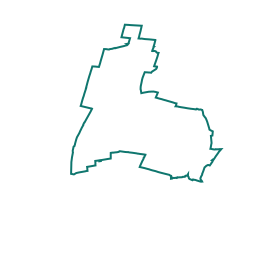 outline of George Enescu, Botosani, Romania, rotated 325°
{"feature_id": "2599482B98474563390091", "entity_name": "George Enescu", "entity_type": "district", "adm_level": 2, "iso_a3": "ROU", "parent_name": "Romania", "parent_adm1": "Botosani", "projection": "natural_earth1", "projection_center": [26.526, 48.025], "detail": "fine", "context": "isolated", "style": "outline", "palette": "teal", "viewbox_px": 256, "rotation_deg": 325, "n_neighbors": 0, "source": "geoboundaries", "source_scale": "gbopen_adm2", "svg_char_len": 5591}
<svg xmlns="http://www.w3.org/2000/svg" viewBox="0 0 256 256"><g transform="rotate(325 128 128)"><path d="M192.3,198.8L191.5,198.3L191.1,198.0L190.5,197.6L190.2,197.5L189.3,196.9L189.0,196.7L188.8,196.6L188.3,196.3L188.0,195.9L187.7,195.7L187.5,195.8L186.2,195.0L185.6,194.3L185.1,193.9L184.9,193.6L184.5,193.2L184.2,192.9L184.0,192.6L183.6,192.3L184.5,191.5L185.4,190.6L186.9,189.1L187.8,188.3L191.4,182.0L192.8,182.6L195.0,180.0L195.5,179.4L194.2,177.0L193.8,176.0L194.2,175.2L194.8,173.4L196.4,168.5L196.6,167.8L197.3,164.7L197.3,163.7L197.2,163.5L197.2,162.6L197.2,162.0L197.1,160.9L197.7,159.4L198.4,158.1L198.6,157.6L199.1,155.9L198.9,155.8L198.8,155.5L198.4,154.8L198.3,154.6L198.0,154.4L196.8,153.7L196.6,153.5L196.5,153.4L196.4,153.0L195.6,152.2L195.4,151.9L195.4,151.7L195.1,151.6L194.9,151.7L194.7,151.9L194.3,151.8L194.0,151.5L192.8,150.3L190.3,148.1L189.7,147.5L188.3,146.2L187.7,145.6L185.7,143.6L183.6,141.6L181.8,139.8L181.0,138.8L180.1,138.1L179.8,137.7L179.5,137.5L179.9,137.3L180.3,137.0L180.8,136.6L181.8,135.7L180.7,134.5L179.3,132.6L175.4,127.8L174.8,127.0L174.0,126.1L173.7,125.7L172.8,124.6L172.3,123.9L170.8,122.2L168.2,119.0L170.6,117.5L172.8,116.1L171.3,114.3L171.0,114.0L169.6,112.6L169.2,112.4L167.1,111.0L165.6,110.1L164.9,109.8L161.5,108.2L158.9,107.1L160.4,104.0L160.5,103.5L161.2,102.6L161.8,101.8L162.5,101.0L165.6,98.1L167.1,96.6L168.8,95.2L173.7,91.9L176.2,93.9L176.9,94.5L178.2,95.5L178.6,96.0L179.3,95.8L180.0,95.6L184.8,95.8L185.2,95.7L186.3,95.1L186.9,94.6L187.0,94.4L186.6,94.0L185.8,93.4L184.8,92.4L190.1,88.6L193.1,86.4L195.0,84.8L196.1,84.0L195.0,83.0L194.8,82.6L194.7,82.2L194.8,81.8L194.8,81.5L194.7,81.1L194.5,80.9L194.0,80.1L193.7,79.9L192.5,79.3L192.0,78.8L192.6,78.3L195.1,76.7L195.3,76.5L195.4,76.3L195.5,76.3L195.4,76.2L195.5,76.1L197.6,74.5L200.5,72.0L200.7,71.9L200.9,71.6L196.5,67.8L192.8,64.8L191.1,63.2L190.7,62.8L189.4,61.9L188.0,60.7L189.1,59.8L189.7,59.4L190.3,58.8L190.6,58.5L194.2,55.5L194.9,54.8L195.6,54.2L197.9,52.1L192.7,48.0L189.4,45.4L187.0,43.4L186.2,42.8L184.7,41.6L184.2,42.0L182.9,43.2L181.9,44.0L181.2,44.4L174.7,49.9L181.2,55.6L178.8,57.5L176.9,59.0L176.3,58.9L175.6,58.6L175.8,58.9L176.1,59.2L176.2,59.3L175.7,59.4L175.3,59.6L174.9,59.6L174.6,59.6L173.4,59.1L171.5,58.5L168.1,57.1L164.6,55.8L163.5,55.4L163.5,55.2L163.4,55.0L163.2,54.9L162.7,54.9L162.0,54.5L161.7,54.3L161.1,54.3L160.9,54.2L160.6,54.1L159.2,53.4L158.6,53.1L158.2,52.9L157.9,52.9L157.7,52.9L157.1,52.5L156.9,52.4L156.1,51.6L155.4,50.9L153.7,49.6L152.5,50.6L149.0,53.5L144.0,57.5L142.1,59.1L139.2,61.3L136.2,58.7L134.1,57.1L132.0,58.8L129.7,60.5L128.5,61.5L125.7,63.6L121.6,66.9L116.4,71.3L116.5,71.4L112.0,74.8L109.8,76.6L108.6,77.4L105.6,79.8L103.1,81.9L101.9,82.8L107.7,89.4L108.6,90.4L109.5,91.3L109.6,91.6L106.6,93.2L103.5,94.7L98.1,97.3L95.7,98.5L95.5,98.4L95.4,98.4L93.2,99.6L93.0,99.9L93.0,100.0L90.9,101.0L89.7,101.6L88.6,102.3L88.2,102.5L87.9,102.6L85.1,104.3L82.6,105.5L80.9,106.3L79.0,107.7L75.5,110.6L75.2,111.0L74.2,111.7L73.8,112.1L73.6,112.1L73.2,112.0L72.9,112.1L72.7,112.1L71.1,113.6L70.2,114.4L69.7,114.9L69.4,115.4L68.9,116.2L68.9,116.4L65.3,119.9L62.1,123.4L55.1,132.9L56.7,134.6L57.1,135.0L59.7,135.2L60.0,135.3L61.9,136.1L62.4,136.3L68.2,139.0L69.6,139.5L70.2,139.9L71.8,137.2L72.2,136.4L76.4,138.4L79.9,140.0L80.4,139.1L80.7,138.8L81.2,138.0L82.3,136.2L82.9,136.5L84.0,137.1L85.9,138.0L85.4,138.8L86.8,139.5L87.3,138.7L88.4,139.3L89.9,140.0L90.7,140.4L93.5,141.7L94.7,142.3L95.5,142.7L96.3,143.1L96.7,142.6L97.5,141.5L98.0,140.7L99.6,138.5L100.1,138.7L100.7,139.1L101.4,139.4L101.6,139.5L102.0,139.9L102.5,140.1L104.0,140.9L105.0,141.5L106.6,142.2L106.9,142.3L107.6,142.1L107.8,142.2L107.9,142.3L108.5,142.8L111.9,146.0L113.5,147.3L114.2,147.8L114.3,147.8L114.8,148.5L117.4,150.8L120.7,153.9L120.8,154.1L121.3,154.6L121.7,154.9L122.6,155.8L122.8,156.0L126.1,159.0L127.0,159.9L126.9,160.0L126.3,160.3L125.4,160.7L124.7,161.2L124.4,161.3L124.2,161.4L123.9,161.3L123.7,161.4L123.5,161.6L123.4,161.7L123.3,161.9L122.9,162.2L121.8,162.8L121.1,163.1L119.4,164.1L116.7,165.7L116.0,166.1L115.2,166.7L116.0,167.5L118.7,170.5L120.0,172.1L121.7,174.1L122.1,174.7L123.6,176.6L125.8,179.1L127.5,181.4L128.5,182.6L130.2,184.6L133.5,188.4L135.0,190.1L135.2,191.0L135.6,191.6L135.8,191.8L135.9,192.0L135.6,193.1L135.1,192.9L134.1,194.2L134.7,194.5L134.9,194.6L135.0,194.7L135.5,194.7L136.5,194.9L136.8,195.1L137.4,195.6L138.8,196.3L138.8,196.5L139.0,196.7L139.3,196.8L139.4,197.0L139.6,197.0L139.9,196.8L140.2,196.7L140.7,197.2L143.2,198.8L143.9,199.3L144.3,199.3L144.8,199.5L145.1,199.5L145.5,199.9L146.3,200.4L147.0,200.6L147.4,200.1L147.7,200.1L147.9,200.2L147.9,200.3L148.0,200.4L148.5,200.6L149.6,200.9L150.2,200.4L150.7,200.2L150.0,201.1L149.9,201.2L149.9,201.3L149.7,201.5L149.5,201.9L149.5,202.1L149.6,202.7L149.5,203.0L149.4,203.2L149.3,203.5L149.1,204.1L149.0,204.3L149.1,204.7L149.2,205.1L149.4,205.4L149.9,206.2L150.3,206.9L150.8,207.6L150.9,207.8L151.1,207.8L151.8,207.5L152.0,207.9L153.2,209.0L153.7,209.6L154.3,210.5L156.5,213.3L156.8,213.6L157.2,214.0L157.7,214.2L158.0,214.4L158.1,213.9L158.0,212.6L158.0,212.0L158.0,211.6L158.2,211.3L158.5,210.7L160.2,209.6L160.9,209.3L161.9,208.8L162.3,208.4L162.4,208.2L162.7,207.9L163.0,207.8L164.8,206.6L165.5,206.1L168.1,204.2L169.4,204.1L170.4,203.9L172.0,204.1L172.3,204.2L172.6,204.4L173.5,205.6L176.1,204.7L176.3,204.5L176.6,204.4L177.2,204.3L177.5,204.2L178.0,203.9L178.4,203.7L178.6,203.5L178.7,203.4L178.2,202.6L179.7,202.5L179.9,203.0L181.3,202.5L183.7,201.5L184.9,201.1L188.0,200.0L189.1,199.5L190.4,199.3L192.3,198.8Z" fill="none" stroke="#0f766e" stroke-width="2"/></g></svg>